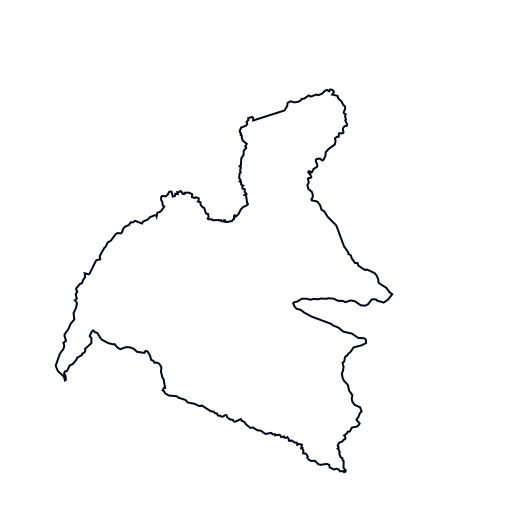 the district of Barra do Garças, Mato Grosso, Brazil, rotated 110°
{"feature_id": "56859067B49829973992443", "entity_name": "Barra do Garças", "entity_type": "district", "adm_level": 2, "iso_a3": "BRA", "parent_name": "Brazil", "parent_adm1": "Mato Grosso", "projection": "orthographic", "projection_center": [-52.509, -15.357], "detail": "fine", "context": "isolated", "style": "outline", "palette": "ink", "viewbox_px": 512, "rotation_deg": 110, "n_neighbors": 0, "source": "geoboundaries", "source_scale": "gbopen_adm2", "svg_char_len": 6129}
<svg xmlns="http://www.w3.org/2000/svg" viewBox="0 0 512 512"><g transform="rotate(110 256 256)"><path d="M427.0,98.2L425.0,101.4L418.9,103.4L417.9,105.0L416.3,105.8L416.2,107.7L413.0,110.3L411.7,110.2L409.5,112.2L409.1,113.3L408.4,112.7L407.4,113.1L406.5,114.3L403.2,114.2L400.7,111.3L399.7,111.3L397.0,109.5L395.0,110.6L394.5,111.8L391.2,109.8L389.9,109.8L388.7,107.8L384.4,107.2L381.7,102.7L379.3,101.5L378.0,101.3L375.5,105.6L371.7,104.6L368.4,104.7L366.0,103.6L362.6,106.4L362.1,112.5L359.9,115.7L357.4,117.2L353.8,117.8L350.7,122.4L345.6,125.7L343.4,130.3L341.3,132.7L336.9,135.2L334.4,135.0L330.2,135.8L326.8,138.2L324.9,137.0L321.0,137.7L319.4,137.4L318.7,136.4L316.4,135.9L313.6,134.3L308.5,133.0L303.8,126.2L300.2,122.8L297.4,123.9L296.4,125.3L296.4,126.7L298.0,131.9L296.1,139.4L297.2,148.0L295.1,154.1L294.9,160.0L294.1,162.1L293.9,183.3L292.6,191.7L291.3,195.6L291.7,199.8L290.3,202.5L287.7,204.9L286.5,204.4L284.8,201.8L280.4,198.2L278.9,193.9L278.4,189.8L276.7,187.3L275.4,182.8L273.8,180.6L272.0,174.8L271.0,173.8L269.5,168.2L270.1,163.8L268.5,159.0L268.8,156.2L265.3,151.7L265.0,149.5L264.7,147.5L266.5,140.8L265.3,136.3L263.0,134.2L257.5,132.5L256.6,131.3L255.8,128.1L256.5,127.2L256.1,120.1L251.9,117.1L245.3,114.9L244.3,118.2L241.3,122.7L239.6,130.8L238.7,132.0L236.3,133.1L233.4,135.6L231.6,138.5L230.9,144.7L230.9,147.6L231.8,148.4L231.4,151.1L230.0,156.6L227.9,158.1L228.7,160.5L225.6,165.1L222.9,167.2L222.5,170.0L221.2,170.4L216.8,176.6L199.9,190.9L194.7,202.0L190.6,207.4L190.1,210.3L186.7,212.8L184.1,216.5L183.9,218.2L184.7,222.5L184.1,223.2L180.5,222.9L178.0,224.3L176.6,225.6L175.1,229.7L171.8,232.0L168.9,231.5L165.8,233.6L164.7,233.3L164.0,231.4L162.9,231.0L161.1,232.7L159.4,235.6L158.3,235.4L158.1,234.1L158.7,232.6L158.1,232.0L154.6,231.7L151.3,229.1L149.3,229.6L146.3,232.3L145.1,232.7L144.1,232.1L142.6,229.4L143.6,226.4L142.4,225.4L138.2,225.0L134.7,226.0L130.4,224.3L124.4,220.1L121.0,220.5L118.5,222.0L116.3,220.7L115.6,219.1L112.6,219.9L111.9,219.6L111.6,217.5L110.8,216.3L109.8,216.1L107.0,217.9L106.0,217.9L103.7,217.1L102.7,215.2L101.4,215.3L98.0,218.5L96.8,218.2L94.5,220.0L92.1,220.2L91.9,222.0L91.0,222.7L86.4,222.7L84.7,224.0L84.2,225.7L81.7,228.3L79.7,232.6L77.6,234.3L78.3,239.7L75.2,238.9L74.5,239.4L73.7,241.7L74.3,243.4L76.2,243.6L75.7,246.3L77.6,248.0L80.4,249.1L83.1,251.9L83.7,252.8L83.6,254.4L87.5,259.1L87.0,261.3L91.8,264.7L92.7,266.8L94.2,267.1L96.8,269.2L98.5,272.5L98.8,276.5L101.4,278.7L104.4,278.0L109.5,279.0L129.6,305.0L127.2,305.9L126.7,307.2L129.1,310.5L130.9,309.7L133.3,310.7L135.0,309.3L137.1,310.1L140.4,313.9L143.8,314.0L145.1,313.6L145.9,312.0L147.5,311.8L147.9,310.4L149.8,309.8L152.0,308.1L153.8,303.0L156.7,303.7L157.3,302.3L158.2,302.3L161.2,303.5L165.3,302.3L169.3,303.2L176.1,301.2L177.2,302.2L178.3,300.3L180.9,300.3L182.7,298.9L183.9,299.7L188.5,298.5L190.1,296.3L190.9,295.9L191.5,296.7L192.2,295.0L193.9,294.4L194.3,292.1L195.3,292.7L197.3,291.7L197.1,289.3L199.5,288.7L201.0,286.2L202.6,287.6L202.7,286.2L203.4,285.5L209.2,282.5L209.8,281.4L210.8,281.4L214.8,285.1L217.3,286.1L222.5,286.8L225.8,288.4L225.0,290.0L226.0,290.3L228.9,289.2L229.7,290.2L231.3,290.4L234.3,295.5L234.3,296.4L233.0,297.4L233.4,298.4L234.6,297.9L235.0,300.2L234.3,301.3L235.1,301.9L234.9,303.2L237.2,308.8L236.6,310.2L237.8,313.3L237.3,314.2L235.8,313.8L232.9,315.4L233.1,317.6L228.7,321.0L228.3,323.1L226.9,325.5L224.5,326.6L224.7,329.2L223.3,328.9L221.3,329.6L221.4,332.7L222.5,333.4L222.6,336.3L219.8,337.0L219.4,340.7L221.0,344.8L222.1,344.4L222.5,345.0L222.6,346.5L221.0,348.1L220.8,349.4L222.3,350.1L223.0,351.9L224.6,350.7L225.1,353.1L227.2,352.7L228.6,354.5L224.4,357.4L224.6,358.4L225.4,359.5L228.5,360.0L230.9,361.3L231.6,364.6L232.8,365.3L235.7,364.4L237.0,362.7L240.2,361.0L240.9,359.2L245.5,360.3L247.5,361.4L249.1,363.5L253.0,362.9L252.0,363.8L252.2,365.0L255.9,369.0L258.5,370.0L262.2,373.8L264.5,374.3L264.3,381.6L266.5,383.2L267.2,385.2L270.3,386.0L273.2,389.1L276.2,390.3L277.9,389.9L280.8,390.4L281.9,394.1L283.8,395.5L291.1,397.6L294.1,400.0L298.5,400.4L300.2,401.3L308.7,402.7L309.8,402.7L312.4,401.2L314.5,404.5L315.3,404.8L329.8,406.4L330.5,407.1L330.8,411.1L334.2,409.3L337.9,410.3L340.4,410.2L341.4,410.5L342.3,411.8L347.7,413.8L348.8,413.7L350.7,411.7L353.5,412.4L357.4,409.8L359.7,411.1L360.4,409.2L362.2,407.9L366.4,407.4L372.1,407.9L377.8,405.0L382.9,407.0L389.0,407.3L395.0,409.1L397.1,408.3L400.7,405.5L403.5,407.3L405.6,405.6L408.9,405.1L415.1,406.9L427.6,406.7L431.8,402.9L435.2,395.0L438.3,393.0L437.4,392.3L433.6,394.1L432.2,396.1L430.0,396.2L428.6,394.3L422.4,393.5L420.2,391.2L414.6,389.2L413.1,389.4L408.6,385.8L407.3,385.9L405.3,384.2L403.4,384.0L401.8,384.9L394.3,380.9L389.6,382.5L388.1,384.9L383.8,384.6L381.6,383.5L382.7,381.1L382.6,378.9L387.3,372.7L388.4,365.3L387.9,360.2L387.2,358.7L389.2,355.5L390.0,351.7L386.3,347.3L385.0,343.6L385.0,339.4L386.7,334.8L385.2,327.7L383.0,327.3L382.8,325.1L386.2,321.2L389.4,319.1L389.7,316.5L391.1,314.7L390.2,313.5L390.2,310.5L391.7,308.2L393.3,306.7L397.3,305.7L402.5,302.1L403.2,300.8L411.0,296.3L411.4,297.4L414.2,297.8L414.3,296.5L416.2,294.3L416.9,290.1L414.9,282.7L415.6,280.4L415.4,273.1L417.0,270.0L415.9,263.3L416.4,258.5L416.0,256.8L415.0,256.0L417.3,245.3L416.8,242.3L417.8,240.8L417.3,239.1L419.0,237.1L418.4,235.6L418.7,233.2L418.0,231.9L416.2,230.7L415.7,229.4L417.6,227.5L418.4,224.6L417.9,221.6L418.7,221.0L419.0,219.8L418.8,218.8L414.4,214.4L415.7,213.1L415.9,210.3L417.6,207.8L419.5,202.5L418.2,200.3L419.3,195.1L418.5,191.7L420.0,186.3L417.0,181.2L417.9,179.5L417.0,177.2L418.0,176.6L416.1,173.4L416.1,172.1L417.6,170.4L416.0,167.9L417.0,167.2L416.7,165.8L415.5,164.6L417.2,162.2L418.3,162.0L418.3,161.0L417.1,159.4L418.1,155.9L417.5,154.0L418.0,152.9L419.2,152.7L418.0,151.2L417.6,148.3L421.1,147.8L420.5,146.7L421.6,146.3L422.6,144.9L425.3,144.2L424.7,141.7L425.7,139.9L426.9,138.7L427.8,139.0L429.4,136.7L429.7,134.1L428.3,130.6L430.3,126.2L430.3,124.1L427.2,118.6L427.2,117.1L427.2,115.9L429.4,114.5L430.0,109.8L428.3,107.6L428.4,105.1L429.6,103.5L428.5,101.0L428.9,99.7L427.8,99.5L428.3,98.5L427.0,98.2Z" fill="none" stroke="#020617" stroke-width="2"/></g></svg>